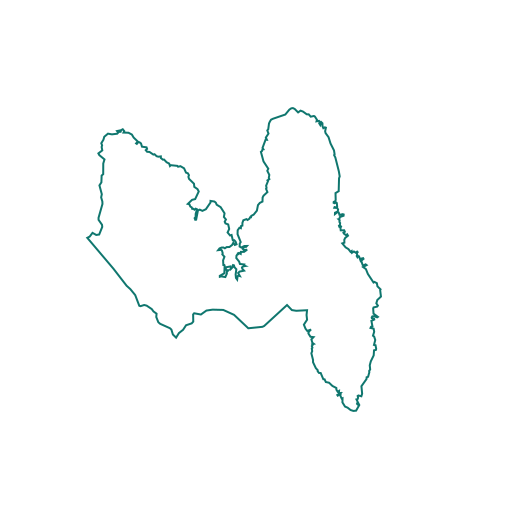 outline of Gagil, Yap, Federated States of Micronesia, rotated 326°
{"feature_id": "79324940B76926879567495", "entity_name": "Gagil", "entity_type": "district", "adm_level": 2, "iso_a3": "FSM", "parent_name": "Federated States of Micronesia", "parent_adm1": "Yap", "projection": "robinson", "projection_center": [138.175, 9.551], "detail": "fine", "context": "isolated", "style": "outline", "palette": "teal", "viewbox_px": 512, "rotation_deg": 326, "n_neighbors": 0, "source": "geoboundaries", "source_scale": "gbopen_adm2", "svg_char_len": 6135}
<svg xmlns="http://www.w3.org/2000/svg" viewBox="0 0 512 512"><g transform="rotate(326 256 256)"><path d="M256.6,346.8L260.5,347.7L257.9,348.2L256.3,349.1L256.1,350.0L256.0,353.4L258.3,355.4L255.3,356.1L254.2,359.5L254.8,361.2L253.2,360.7L253.1,361.5L251.9,361.9L251.5,363.6L250.5,363.9L249.4,366.3L247.5,367.6L245.1,374.2L243.9,375.9L242.9,382.4L243.3,385.2L242.7,386.0L242.8,388.1L244.2,389.2L242.9,395.8L243.9,396.6L243.4,399.5L245.7,401.9L246.7,406.5L248.8,410.3L247.9,411.8L247.8,414.2L249.4,414.3L248.2,415.9L249.2,416.7L245.7,416.7L245.7,417.5L249.2,417.5L247.8,419.1L247.3,422.1L248.2,422.3L245.8,425.7L245.6,430.6L247.1,432.9L248.3,436.6L250.1,438.9L252.5,440.2L258.3,437.3L258.5,435.5L257.2,435.7L257.1,435.0L258.7,433.9L259.1,431.1L260.1,431.5L261.3,430.7L262.0,428.9L262.9,428.9L264.9,431.2L267.0,429.5L270.6,422.9L278.8,419.8L279.9,418.4L281.4,418.8L285.0,415.7L285.5,414.6L287.2,413.9L289.2,410.2L292.3,407.5L298.0,404.2L301.1,400.2L302.9,400.9L303.7,400.2L305.2,396.8L304.1,395.7L307.9,392.3L308.9,388.9L308.4,387.5L311.6,384.9L312.9,382.0L310.7,379.7L311.8,379.0L313.2,379.4L315.4,374.3L318.5,374.8L318.8,374.1L317.3,372.3L317.6,371.6L318.7,371.1L320.3,372.0L322.1,374.6L323.0,374.6L321.2,369.5L323.8,365.0L324.7,364.4L328.2,365.7L329.3,365.3L329.3,362.5L332.0,360.3L336.9,359.5L339.8,353.8L340.6,353.3L339.7,349.1L341.0,346.1L339.7,343.7L338.6,343.7L338.7,333.4L339.8,328.3L338.6,325.0L342.6,325.4L342.2,324.2L339.6,323.8L339.4,323.0L340.6,318.8L343.5,318.5L343.6,317.7L341.8,317.0L340.2,317.9L341.2,313.9L340.7,313.2L339.4,313.7L339.5,312.3L340.8,311.3L341.1,309.8L342.4,309.6L342.3,308.9L340.5,309.0L339.7,307.0L337.4,307.0L338.1,305.4L336.7,305.5L336.5,302.0L335.1,298.9L334.6,293.8L336.7,294.4L338.3,291.9L340.0,290.9L343.6,290.6L343.7,289.0L342.3,289.1L341.4,286.6L341.5,285.6L343.2,285.6L343.5,284.0L340.6,282.1L341.7,279.9L343.0,279.2L342.8,278.1L341.5,278.2L341.7,277.3L343.0,277.1L344.2,275.7L344.2,274.4L345.3,273.2L345.0,271.7L345.7,272.0L347.3,270.6L351.1,271.6L351.9,270.6L351.3,269.8L348.2,268.6L348.9,266.2L348.3,265.2L344.9,265.4L345.7,264.3L348.6,264.8L350.1,263.3L350.1,261.5L347.9,259.8L348.5,259.4L349.8,260.7L350.8,260.6L352.6,257.3L352.5,256.6L350.5,256.1L350.1,255.3L350.7,254.6L352.2,254.9L353.4,254.1L357.1,248.3L360.8,248.5L368.3,238.0L369.9,236.8L372.0,232.2L376.9,218.6L377.2,216.0L378.0,215.7L379.7,212.1L380.7,204.4L382.6,198.0L382.4,193.0L383.1,191.2L385.7,188.7L385.0,187.8L383.3,187.7L383.7,185.6L385.3,183.1L385.0,181.7L382.5,183.4L382.6,181.3L384.0,180.3L383.8,179.2L381.5,178.2L382.7,177.2L382.8,173.3L382.3,172.3L379.3,171.1L378.9,168.0L377.3,166.9L375.7,162.5L374.2,160.4L371.2,160.5L370.3,155.7L369.3,154.0L367.8,153.3L365.5,153.3L359.4,155.1L346.8,151.7L344.7,151.4L342.7,152.3L340.9,153.4L337.0,157.8L335.6,158.2L334.8,161.5L330.4,163.3L330.0,165.7L329.0,164.9L321.9,170.0L321.8,171.7L320.9,171.3L319.7,172.3L318.3,172.4L315.1,181.8L315.0,190.5L313.0,191.7L312.4,196.2L310.2,198.5L310.1,199.7L307.9,199.7L308.0,200.5L303.7,203.4L302.8,205.5L301.9,205.9L301.2,209.4L296.0,210.2L294.2,211.2L291.8,214.5L288.9,214.1L286.1,214.9L282.1,218.9L277.2,220.4L274.5,220.1L273.5,221.1L272.7,220.6L271.4,221.4L269.1,221.4L268.7,220.1L265.5,219.3L263.3,220.9L261.7,223.2L260.4,222.8L259.0,224.5L258.1,223.3L255.2,224.4L252.9,227.6L251.1,235.9L249.5,236.6L247.7,239.0L248.5,240.7L251.9,241.2L254.1,242.6L252.8,242.9L251.5,241.9L249.0,242.7L249.3,244.3L252.2,245.8L248.4,245.9L245.8,244.1L244.5,245.7L243.6,243.9L242.6,243.7L242.1,245.3L241.9,244.1L240.0,244.8L238.5,246.7L238.9,251.2L238.2,253.6L241.6,256.5L240.8,257.2L241.5,258.3L239.8,257.5L238.0,257.6L237.5,258.9L237.9,261.5L233.6,259.7L231.7,260.1L231.4,263.6L230.4,262.4L229.5,262.4L227.2,265.0L227.1,263.0L228.8,259.9L232.3,256.0L231.9,253.3L232.5,251.4L231.9,250.7L230.3,252.2L226.3,253.1L228.2,252.3L229.1,250.4L224.9,248.6L223.4,250.1L223.6,251.2L225.2,252.4L222.8,252.9L222.0,254.3L218.8,256.3L215.7,253.4L214.4,253.0L214.9,252.2L220.1,252.6L224.5,246.6L224.7,245.8L223.9,245.2L226.3,241.2L229.4,239.0L229.0,235.8L230.0,235.0L230.8,232.4L230.6,231.4L227.9,230.0L230.0,229.3L232.3,229.8L233.8,230.8L234.5,232.2L236.7,232.2L239.0,233.7L242.3,233.5L244.7,232.3L244.6,235.0L246.4,235.4L247.1,232.6L246.8,230.7L245.6,229.9L247.5,224.9L246.0,224.5L245.6,220.6L248.9,218.6L250.6,214.3L248.9,211.9L249.2,210.1L251.5,208.9L251.2,205.7L253.8,203.0L254.0,195.7L252.1,191.5L252.5,189.3L252.0,187.6L249.1,184.9L248.2,186.2L240.6,189.2L236.8,188.6L235.3,186.1L233.3,185.8L226.7,192.4L225.9,192.0L226.3,190.3L227.8,189.9L229.5,187.4L233.2,184.3L232.4,183.0L230.9,183.2L230.4,181.7L229.5,181.3L229.9,179.8L229.2,178.2L229.7,176.0L228.6,174.7L234.4,173.7L237.4,174.8L244.6,170.5L244.9,167.8L243.5,164.2L245.0,161.4L243.6,154.6L244.2,152.6L245.6,151.5L245.8,149.4L244.6,147.7L245.4,143.1L243.6,139.3L241.3,138.4L241.2,137.3L236.2,133.1L235.0,133.3L235.7,130.8L234.3,128.3L233.7,124.6L232.7,124.1L231.9,121.6L232.8,120.2L230.6,119.1L229.4,117.7L228.8,114.9L227.6,114.5L225.9,110.2L224.0,108.7L223.8,106.6L225.6,106.3L226.0,104.7L222.6,101.6L223.6,98.4L223.1,96.8L222.3,95.7L219.9,96.4L219.6,95.6L222.0,95.0L220.8,89.4L221.0,85.9L219.2,82.5L215.2,79.6L216.6,78.8L216.4,76.4L214.7,76.2L213.2,77.3L212.7,77.0L213.1,75.7L210.7,74.7L210.8,76.6L209.3,77.0L204.6,74.6L201.7,71.8L196.9,72.3L194.5,74.3L190.8,76.0L190.3,78.2L189.0,79.3L187.6,82.5L182.7,82.8L182.5,84.7L184.4,91.2L181.1,93.9L175.1,102.7L173.0,103.0L169.0,108.5L165.7,109.9L162.7,118.6L160.4,120.8L159.1,124.9L157.8,127.0L146.8,136.3L145.7,138.0L145.8,144.0L144.8,145.9L138.0,150.5L135.3,149.2L133.4,145.4L129.0,146.9L126.3,146.6L130.7,186.8L132.1,208.4L133.3,213.2L134.0,220.9L131.4,232.0L132.2,233.0L135.9,234.1L137.6,236.0L139.9,241.7L140.0,244.6L141.3,248.2L139.2,250.8L138.0,256.3L138.6,258.6L144.3,267.8L144.7,269.7L143.2,274.6L144.1,279.0L149.0,276.8L154.3,276.4L159.3,274.3L165.0,275.9L167.3,275.3L171.2,269.3L172.7,268.9L177.6,273.7L184.4,273.5L190.0,276.2L198.7,282.4L204.9,292.5L209.2,311.6L221.7,318.3L223.6,318.6L254.3,314.0L255.5,320.9L258.7,323.9L268.0,329.5L264.9,333.2L262.7,337.4L257.3,339.7L256.4,344.0L256.6,346.8Z" fill="none" stroke="#0f766e" stroke-width="2"/></g></svg>